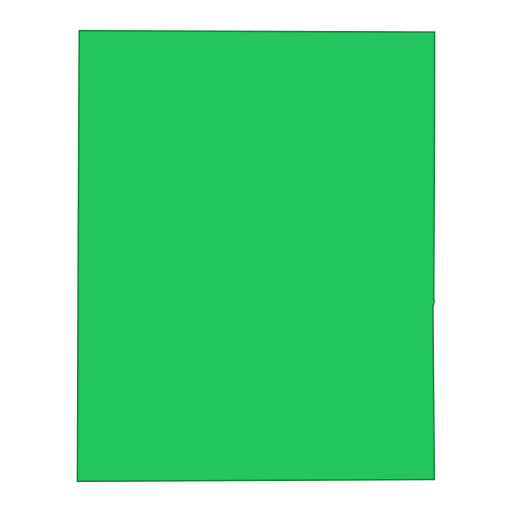 outline of Fayette, Iowa, United States of America
{"feature_id": "52423323B37143192465063", "entity_name": "Fayette", "entity_type": "district", "adm_level": 2, "iso_a3": "USA", "parent_name": "United States of America", "parent_adm1": "Iowa", "projection": "albers", "projection_center": [-91.797, 42.862], "detail": "fine", "context": "isolated", "style": "filled", "palette": "green", "viewbox_px": 512, "rotation_deg": 0, "n_neighbors": 0, "source": "geoboundaries", "source_scale": "gbopen_adm2", "svg_char_len": 246}
<svg xmlns="http://www.w3.org/2000/svg" viewBox="0 0 512 512"><path d="M78.4,210.4L77.4,481.3L434.3,479.5L432.9,307.0L434.2,301.1L433.7,298.6L434.5,122.5L434.6,32.1L79.3,30.7L78.4,210.4Z" fill="#22c55e" stroke="#15803d" stroke-width="1.5"/></svg>